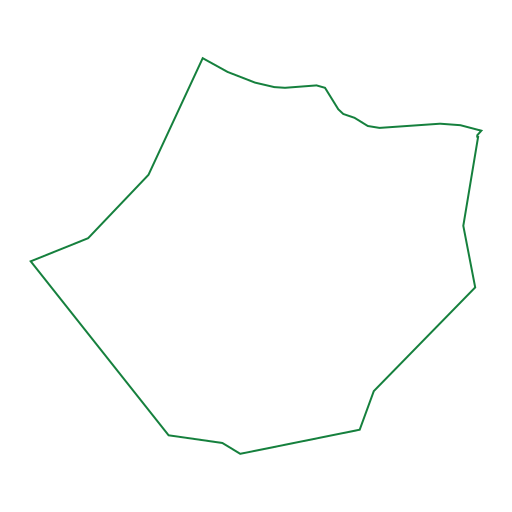 outline of Al Batnah South
{"feature_id": "OMN-5497", "entity_name": "Al Batnah South", "entity_type": "Region", "adm_level": 1, "iso_a3": "OMN", "parent_name": "Oman", "parent_adm1": "", "projection": "equal_earth", "projection_center": [57.783, 23.513], "detail": "fine", "context": "isolated", "style": "outline", "palette": "green", "viewbox_px": 512, "rotation_deg": 0, "n_neighbors": 0, "source": "natural_earth", "source_scale": "10m", "svg_char_len": 465}
<svg xmlns="http://www.w3.org/2000/svg" viewBox="0 0 512 512"><path d="M202.7,58.2L227.7,72.0L255.0,82.6L274.3,87.1L285.0,87.8L316.5,85.4L325.0,87.8L338.3,109.3L343.3,114.0L354.5,117.8L367.8,126.0L379.5,127.9L440.1,123.7L460.4,125.2L481.3,130.7L477.3,135.2L477.2,136.7L478.1,136.9L463.3,225.8L475.2,287.4L373.8,391.1L359.7,429.7L240.2,453.8L222.4,443.0L168.6,435.3L30.7,261.3L88.1,238.2L148.5,174.8L202.7,58.2Z" fill="none" stroke="#15803d" stroke-width="2"/></svg>